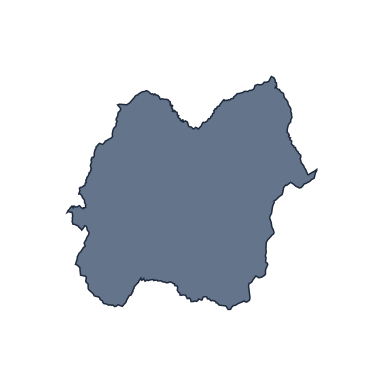 the district of Hacarí, Norte de Santander, Colombia, rotated 24°
{"feature_id": "7082276B96739100690345", "entity_name": "Hacarí", "entity_type": "district", "adm_level": 2, "iso_a3": "COL", "parent_name": "Colombia", "parent_adm1": "Norte de Santander", "projection": "robinson", "projection_center": [-73.084, 8.368], "detail": "fine", "context": "isolated", "style": "filled", "palette": "slate", "viewbox_px": 384, "rotation_deg": 24, "n_neighbors": 0, "source": "geoboundaries", "source_scale": "gbopen_adm2", "svg_char_len": 6003}
<svg xmlns="http://www.w3.org/2000/svg" viewBox="0 0 384 384"><g transform="rotate(24 192 192)"><path d="M275.0,283.5L275.0,281.8L275.6,279.4L278.0,277.5L279.5,275.2L282.9,271.6L283.7,270.3L284.8,270.7L286.7,270.4L288.5,267.4L288.3,266.1L287.5,264.2L281.9,254.9L281.3,252.4L282.1,251.8L283.2,249.8L283.4,247.4L284.4,242.9L284.9,242.7L287.6,243.2L288.6,242.8L290.5,241.2L292.5,238.0L292.4,236.9L290.8,233.1L290.7,227.5L289.8,226.4L288.4,226.4L287.6,225.8L286.3,221.7L285.0,220.7L284.3,216.6L283.0,214.6L280.4,208.1L280.5,205.5L282.8,198.3L283.6,197.0L283.4,195.7L281.8,193.6L279.2,191.5L276.8,187.7L273.5,184.1L273.1,182.6L273.3,179.0L271.7,173.3L271.3,170.8L271.4,168.5L270.6,166.6L271.8,165.2L273.6,160.6L275.3,157.9L275.2,156.0L273.9,150.6L274.6,147.8L275.4,147.7L275.9,147.2L278.2,143.1L281.4,143.5L284.4,144.5L288.5,144.6L289.9,143.6L290.6,141.9L291.2,139.0L292.6,137.8L295.3,134.3L296.2,132.0L298.0,129.7L297.0,124.6L297.2,121.7L296.8,120.7L295.4,123.3L294.3,124.5L291.3,128.9L290.6,129.0L287.0,125.5L284.9,124.2L283.2,122.5L280.0,120.9L277.2,117.3L277.3,116.0L276.4,114.2L273.5,113.2L272.6,112.2L271.2,111.8L269.8,111.0L268.3,109.2L267.2,109.8L266.0,108.4L265.0,108.5L263.2,107.5L262.3,104.8L260.0,104.3L259.7,103.8L260.0,102.5L257.8,102.2L257.4,101.7L257.8,100.8L257.5,100.3L256.0,99.1L254.7,98.9L253.6,96.2L252.7,91.8L253.0,89.7L253.7,88.0L252.8,85.8L253.0,83.5L252.6,82.5L251.6,81.4L251.1,79.9L249.4,78.2L248.9,76.6L247.7,75.1L244.8,73.3L243.4,71.7L243.0,70.8L240.6,69.3L238.0,68.3L235.4,64.7L232.1,64.3L230.1,62.8L229.2,63.3L226.7,62.4L225.5,63.0L225.5,61.7L226.3,61.7L226.4,61.1L224.7,57.9L223.5,57.8L222.2,55.7L220.5,54.4L217.5,54.2L217.1,59.9L215.3,61.5L213.3,62.3L212.8,64.4L211.8,65.6L210.6,66.4L208.2,67.1L206.3,69.0L206.6,72.2L206.1,73.7L205.0,74.8L203.2,75.8L202.2,77.5L199.8,78.3L198.8,79.0L197.7,80.7L194.7,83.0L193.2,83.8L192.8,85.4L191.4,88.3L191.7,89.6L189.7,91.0L189.0,92.7L187.8,92.9L186.9,94.2L185.7,94.3L184.5,95.4L183.8,94.7L183.4,94.9L182.1,100.2L182.0,102.2L180.4,103.7L180.5,106.0L179.3,106.4L179.3,107.6L178.8,108.8L179.6,109.7L179.9,110.6L179.0,112.0L179.3,114.2L178.5,115.4L178.8,116.1L178.5,117.8L177.3,118.3L176.9,121.3L175.4,123.4L174.1,123.6L173.6,124.2L173.5,128.3L172.6,130.2L172.6,131.3L172.1,131.9L171.5,132.0L170.5,131.4L168.9,131.5L168.4,133.1L167.4,133.9L165.0,132.9L163.1,133.5L162.1,133.3L159.8,130.4L158.9,129.8L156.9,129.8L155.6,131.6L155.1,131.5L155.0,130.5L154.3,129.8L153.7,130.4L154.0,131.5L152.4,131.3L151.7,130.1L149.0,129.5L148.6,128.9L148.9,127.8L147.4,127.7L146.5,126.0L145.8,125.3L144.7,125.5L143.0,124.6L142.7,124.8L142.8,125.5L142.4,126.1L141.3,126.2L140.9,124.2L139.2,123.6L139.3,121.2L138.6,120.9L138.0,121.8L137.4,121.8L136.7,121.3L136.9,120.4L136.1,120.2L135.6,118.6L133.9,118.2L132.8,117.5L130.9,117.7L130.0,118.3L126.5,119.1L125.4,120.2L124.2,119.4L123.8,118.6L122.9,118.4L121.7,117.6L120.1,118.1L118.2,117.5L117.5,118.8L116.3,118.3L115.1,119.1L112.4,118.4L111.7,118.0L109.1,117.9L108.0,119.3L105.7,120.8L103.6,123.7L102.9,125.4L101.8,126.3L101.0,127.8L101.0,128.8L98.9,135.7L97.0,138.8L90.0,141.3L88.6,142.7L91.8,144.1L93.2,145.2L93.2,147.6L92.3,149.1L92.4,150.3L93.2,152.2L93.0,156.1L93.5,157.2L94.8,157.8L94.8,160.2L95.8,162.5L94.7,165.3L94.6,167.0L95.5,171.2L96.9,173.8L96.2,175.6L93.6,178.8L93.2,179.7L92.1,180.7L92.0,182.3L91.2,184.6L90.5,185.0L87.8,185.1L87.1,186.6L86.5,189.0L86.0,189.6L86.5,191.1L86.3,193.3L87.0,196.8L87.7,197.8L88.0,199.4L87.9,200.6L86.7,200.9L86.4,202.1L87.0,202.8L86.7,203.5L87.1,204.4L88.0,205.2L88.4,209.1L89.2,210.2L90.5,211.4L90.3,212.3L90.9,213.6L90.6,214.5L90.9,215.1L90.7,216.0L90.1,216.6L90.6,217.3L90.6,218.5L90.6,219.8L90.1,221.0L90.1,221.8L90.5,222.5L90.2,224.2L91.0,225.8L91.6,226.3L90.9,227.2L91.4,229.8L90.6,230.2L90.0,231.7L89.1,232.7L88.1,233.2L87.6,234.3L89.1,236.6L89.3,239.9L89.6,240.0L90.4,239.2L91.0,239.2L93.7,240.8L94.0,241.6L96.6,242.8L97.3,243.5L98.2,245.4L100.0,246.8L100.3,247.9L101.1,248.9L100.6,250.0L99.4,250.4L99.5,251.4L97.2,251.4L95.2,250.4L94.5,250.3L93.4,252.1L91.9,253.1L90.7,252.8L89.6,253.0L89.5,253.3L89.9,253.8L89.8,254.8L88.9,254.0L88.1,253.7L87.3,255.7L87.1,257.6L86.4,259.1L86.3,261.4L87.2,260.1L89.2,259.9L90.4,259.3L91.0,259.6L92.9,262.7L93.2,264.5L94.1,265.9L94.4,267.6L96.3,269.8L98.2,269.3L102.2,269.4L103.0,270.2L105.3,270.8L106.8,271.7L107.4,269.3L107.7,266.5L108.7,266.3L109.6,266.6L110.6,267.5L111.5,269.1L114.2,270.7L114.7,271.4L114.9,273.5L114.5,275.3L114.5,277.9L114.8,278.8L114.5,279.3L114.2,282.2L114.8,283.3L116.5,284.8L116.3,285.5L115.4,286.7L114.7,291.6L113.8,294.0L113.6,298.2L114.2,299.0L115.0,305.5L116.6,305.4L120.2,306.6L124.0,313.3L128.9,312.3L130.2,312.8L131.1,316.6L132.2,317.6L134.5,318.3L136.4,322.4L137.5,323.3L142.8,325.0L145.0,326.6L148.0,326.2L148.8,325.8L150.4,326.0L151.8,327.6L154.0,327.8L155.0,328.4L155.3,329.0L156.8,329.8L159.4,329.1L161.6,329.3L162.3,329.1L163.2,328.3L164.8,328.2L165.2,327.6L166.6,327.6L167.7,328.2L169.2,327.2L170.3,324.9L171.8,325.1L175.0,324.7L175.2,323.4L176.5,319.6L176.3,317.2L176.7,312.7L177.1,311.7L178.1,311.1L178.4,308.8L178.0,308.0L178.6,307.0L177.9,306.1L178.2,303.6L177.7,302.4L179.2,297.5L179.8,296.5L179.7,294.8L180.3,291.4L181.6,293.1L182.1,293.1L183.1,290.6L184.0,291.7L185.4,292.6L186.4,290.9L188.4,290.6L189.4,289.4L192.2,287.7L192.7,287.7L193.0,288.4L195.9,286.7L196.8,287.2L199.5,285.8L202.0,286.0L204.0,285.3L205.8,285.3L207.5,284.2L208.0,283.2L210.1,282.8L212.2,283.2L213.4,283.0L213.9,284.0L214.5,284.5L216.1,283.9L217.0,284.1L217.9,285.5L218.4,287.6L220.2,289.0L222.0,289.5L223.0,291.0L223.5,291.1L226.2,289.4L227.8,289.0L229.0,289.5L230.9,291.3L231.9,291.0L232.6,289.9L233.0,289.9L234.7,291.1L235.7,292.5L237.6,291.6L239.2,290.3L240.7,290.1L241.5,288.7L241.4,287.6L241.6,287.1L245.0,286.8L245.0,283.6L245.4,283.0L247.2,282.0L248.4,282.0L249.5,283.4L251.3,282.7L253.4,283.6L254.2,283.4L254.7,282.7L257.8,282.4L258.6,282.8L259.0,283.4L260.2,283.2L262.8,284.3L269.1,282.4L270.1,282.6L271.8,284.1L272.9,284.6L275.0,283.5Z" fill="#64748b" stroke="#1e293b" stroke-width="1.5"/></g></svg>